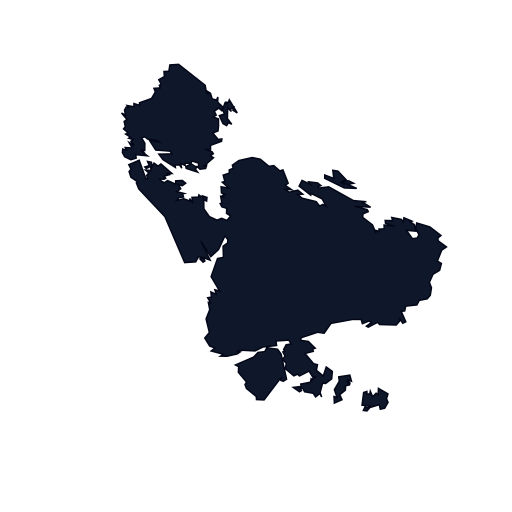 the district of Tysnes nor, Hordaland, Norway, rotated 32°
{"feature_id": "86288312B12130707961185", "entity_name": "Tysnes nor", "entity_type": "district", "adm_level": 2, "iso_a3": "NOR", "parent_name": "Norway", "parent_adm1": "Hordaland", "projection": "equal_earth", "projection_center": [5.536, 59.979], "detail": "fine", "context": "isolated", "style": "filled", "palette": "ink", "viewbox_px": 512, "rotation_deg": 32, "n_neighbors": 0, "source": "geoboundaries", "source_scale": "gbopen_adm2", "svg_char_len": 6131}
<svg xmlns="http://www.w3.org/2000/svg" viewBox="0 0 512 512"><g transform="rotate(32 256 256)"><path d="M388.0,139.2L374.8,142.8L376.8,147.9L383.0,151.7L383.1,155.4L379.5,158.4L370.0,154.5L378.3,150.3L373.6,145.5L368.6,145.3L369.8,143.8L361.2,145.2L363.1,149.1L359.9,147.9L350.7,151.4L353.2,153.6L346.7,157.4L348.5,159.6L357.8,157.3L348.2,161.8L350.3,165.1L346.0,168.0L347.5,169.7L343.8,170.9L345.3,172.1L345.0,172.6L338.3,167.9L326.0,166.7L324.4,163.6L327.7,158.9L325.8,157.7L313.1,161.7L327.3,153.9L317.3,154.0L320.8,151.5L309.2,157.4L281.0,158.8L273.4,165.0L271.8,164.3L273.8,161.9L269.5,161.4L261.3,165.2L264.1,166.5L255.0,167.5L255.5,173.9L270.2,175.4L269.5,173.8L281.9,172.5L289.3,176.8L285.3,176.9L283.5,179.9L278.2,178.0L264.6,182.5L258.8,181.9L262.9,178.8L256.6,178.0L250.3,184.3L245.4,184.0L251.0,180.9L243.3,180.6L244.7,177.2L233.2,168.7L231.1,171.2L223.2,169.9L219.4,173.1L208.3,171.6L200.6,174.5L190.9,184.1L187.8,191.5L190.2,193.7L187.7,197.1L189.4,199.9L185.3,204.8L190.1,209.3L188.3,211.3L197.1,212.8L189.7,215.8L193.3,220.8L197.2,220.1L195.5,222.4L197.3,223.2L194.4,224.1L198.9,229.1L197.8,230.5L201.0,232.4L205.9,231.1L208.4,235.5L213.3,235.5L212.5,241.2L206.8,242.3L204.0,246.2L195.6,247.3L186.8,243.6L181.8,235.9L185.0,235.6L183.4,232.3L178.7,233.4L180.1,234.9L175.2,234.5L176.1,236.5L170.6,240.2L174.4,244.7L169.3,242.4L171.1,244.3L164.2,245.8L159.3,251.0L159.8,247.1L163.3,244.4L160.9,242.3L162.1,241.0L154.7,243.4L156.5,238.9L152.3,236.5L156.2,235.5L157.8,231.5L153.5,231.0L148.0,234.8L149.9,237.6L141.0,238.9L139.4,242.5L135.5,242.6L133.7,241.7L137.4,239.6L138.2,237.9L135.7,237.1L139.4,233.0L137.1,233.0L141.0,230.6L126.6,228.3L125.3,231.7L120.3,231.2L120.5,235.1L117.6,231.9L113.9,233.3L117.6,235.9L114.5,239.4L116.6,240.0L119.1,235.8L121.7,239.1L116.8,241.7L121.0,242.3L120.6,245.8L123.0,247.5L121.8,249.0L106.2,236.7L99.7,246.0L104.1,248.6L103.6,251.6L108.2,255.5L116.5,255.8L115.8,257.4L121.0,261.2L157.9,270.9L199.0,299.4L208.0,292.9L207.6,287.1L211.5,285.8L210.0,288.2L214.4,289.3L215.3,287.3L212.2,285.3L219.3,283.8L201.2,272.4L218.0,280.5L220.8,270.5L219.0,255.4L223.5,257.1L225.0,259.9L222.9,265.2L229.1,274.4L224.7,278.5L228.9,297.3L243.7,305.0L239.0,306.4L242.6,309.5L236.8,310.4L240.0,314.5L237.1,317.0L242.2,319.6L240.1,320.5L245.2,326.0L247.0,335.8L257.0,345.6L256.0,352.7L264.4,356.9L270.0,355.8L268.3,360.3L280.5,356.6L279.0,359.7L284.4,356.5L292.0,349.0L293.4,345.7L289.9,347.4L292.4,344.3L305.5,337.0L310.1,329.5L320.9,321.0L318.0,317.5L328.4,310.0L332.4,311.9L328.6,315.3L329.0,320.7L330.9,321.4L329.6,323.1L333.8,325.6L333.1,329.5L338.6,331.0L340.5,336.0L351.6,337.6L353.9,334.2L356.4,334.7L362.0,325.5L368.0,328.5L370.5,327.3L368.7,330.4L370.3,332.4L368.0,331.3L369.1,334.1L361.8,340.9L363.5,342.6L357.2,347.7L364.8,348.1L365.9,346.0L363.8,344.8L365.8,343.4L369.1,345.4L377.3,342.1L381.2,343.9L383.1,338.7L386.4,340.8L382.7,337.8L379.9,328.6L382.6,327.2L385.3,320.1L381.9,313.4L374.4,312.9L376.6,322.1L367.8,320.9L365.7,315.6L361.9,316.8L349.2,312.7L355.1,306.5L353.4,304.9L355.1,302.8L345.6,300.7L338.8,303.8L337.5,301.5L348.7,288.0L354.7,285.4L355.3,273.4L371.3,258.8L378.8,254.1L382.1,257.0L386.3,251.2L389.1,251.3L386.8,257.0L388.9,256.9L394.2,247.9L397.2,248.6L411.5,240.2L412.5,233.8L410.2,232.4L416.1,235.3L417.9,232.4L408.5,226.0L411.2,223.8L409.5,219.2L418.3,212.3L418.0,207.1L423.9,201.6L424.6,196.9L421.6,189.9L417.0,186.5L415.8,177.7L419.3,170.8L417.2,164.1L412.5,164.2L410.4,152.6L412.7,147.4L402.5,146.6L400.7,144.4L402.0,140.6L388.0,139.2ZM88.8,134.5L81.7,139.6L84.2,145.5L80.2,148.3L83.2,152.4L80.1,158.0L84.6,160.5L83.6,162.5L85.8,164.1L80.6,167.9L83.7,170.2L83.9,177.8L76.0,187.8L77.5,189.9L71.7,191.4L73.4,194.1L66.9,196.7L68.9,197.6L67.0,198.5L67.2,202.0L70.7,205.7L66.2,206.0L74.2,208.6L72.9,211.8L76.6,215.5L76.3,218.4L82.3,219.3L80.8,221.7L86.4,221.7L85.6,223.6L90.3,222.3L89.1,225.0L94.2,226.8L88.3,227.0L93.8,230.0L87.6,233.3L90.2,234.9L86.3,235.9L87.9,239.1L92.0,241.4L98.9,240.7L102.5,236.5L100.3,233.8L110.8,228.6L102.0,228.0L105.9,227.4L103.2,226.2L105.7,225.4L102.0,219.3L96.3,216.4L98.7,213.8L102.1,214.3L109.7,210.9L111.5,210.3L113.9,210.6L104.9,214.6L114.8,219.3L127.6,212.6L130.5,214.0L119.6,221.1L126.1,223.6L140.7,223.6L139.2,221.8L143.0,219.3L146.5,220.9L143.0,217.6L147.9,216.7L146.6,215.0L150.1,212.8L151.9,212.8L149.1,217.4L150.4,218.7L162.0,215.8L158.4,214.5L158.8,212.3L151.8,212.2L151.3,209.4L157.9,207.7L160.0,210.5L158.7,211.3L162.5,212.1L166.9,208.5L166.1,205.3L164.2,207.1L167.9,195.2L164.2,195.2L165.6,191.9L163.7,190.9L156.1,192.4L161.5,190.6L158.8,186.3L166.0,177.0L165.0,174.8L162.2,177.2L154.2,174.6L157.5,170.1L155.4,165.7L151.5,159.6L146.1,160.8L147.6,157.6L143.9,155.3L146.1,150.3L149.9,150.9L149.4,147.3L142.1,145.9L139.4,141.4L139.9,144.6L135.6,146.0L131.1,142.1L126.5,142.1L128.9,143.8L127.3,143.7L122.5,138.2L88.8,134.5ZM323.7,323.6L313.8,328.1L314.1,332.5L308.8,336.7L307.6,342.9L296.3,359.3L299.9,359.0L302.7,364.0L314.8,367.9L314.8,370.9L318.1,373.4L330.7,375.0L332.5,377.5L339.1,373.8L341.5,347.5L342.3,345.7L343.0,348.3L345.5,347.8L347.2,344.3L329.3,325.9L323.7,323.6ZM441.0,303.0L430.0,303.4L433.1,308.9L430.6,308.7L429.5,313.5L424.6,310.1L425.6,312.6L423.3,314.3L421.8,312.1L419.6,314.7L425.0,326.4L433.3,322.1L430.5,323.8L432.2,325.3L428.4,326.1L428.9,330.1L432.2,328.6L432.8,324.3L439.3,316.8L442.6,320.1L445.8,316.9L445.5,310.1L442.3,307.9L441.0,303.0ZM398.7,307.3L390.2,314.6L393.0,318.1L393.3,327.8L399.7,333.0L396.6,333.8L400.4,339.2L405.1,332.3L400.5,329.2L402.9,322.5L400.8,318.5L403.6,315.8L403.0,313.9L400.0,312.9L402.2,314.6L399.9,314.7L399.5,312.4L403.3,311.6L398.7,307.3ZM280.5,140.6L275.7,142.6L280.9,149.0L271.4,150.9L273.1,153.7L294.8,151.5L305.6,145.3L295.7,146.7L300.2,142.6L295.0,143.1L291.5,145.1L291.0,147.7L293.7,147.0L292.2,148.7L288.9,148.7L290.6,145.1L292.2,144.4L292.4,143.7L280.5,140.6ZM164.3,144.6L150.6,137.7L151.2,140.2L149.1,141.5L151.3,142.8L148.6,142.7L150.1,149.8L154.1,152.1L150.5,156.4L157.8,161.2L162.0,161.0L162.0,157.6L165.6,157.1L158.9,154.6L153.5,145.4L158.5,146.5L156.4,145.2L158.5,141.7L159.1,144.6L164.3,144.6Z" fill="#0f172a" stroke="#020617" stroke-width="1.5"/></g></svg>